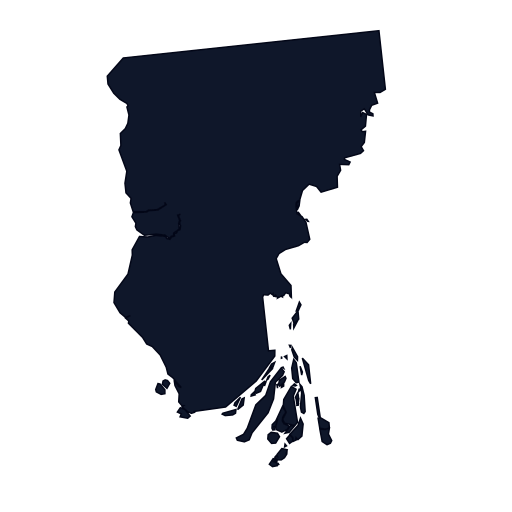 the district of South Fly District, Western, Papua New Guinea, rotated 84°
{"feature_id": "67681753B32450151371022", "entity_name": "South Fly District", "entity_type": "district", "adm_level": 2, "iso_a3": "PNG", "parent_name": "Papua New Guinea", "parent_adm1": "Western", "projection": "natural_earth1", "projection_center": [142.961, -8.494], "detail": "fine", "context": "isolated", "style": "filled", "palette": "ink", "viewbox_px": 512, "rotation_deg": 84, "n_neighbors": 0, "source": "geoboundaries", "source_scale": "gbopen_adm2", "svg_char_len": 6211}
<svg xmlns="http://www.w3.org/2000/svg" viewBox="0 0 512 512"><g transform="rotate(84 256 256)"><path d="M295.6,230.3L297.2,226.8L296.2,227.3L300.4,225.1L289.0,224.3L276.3,233.1L260.7,236.2L256.0,232.9L252.6,226.0L250.2,212.7L247.4,206.5L247.9,203.8L245.0,200.8L227.8,202.8L221.7,206.1L218.2,210.9L209.5,211.0L207.0,210.3L206.1,209.4L204.9,206.7L195.7,202.9L190.1,195.7L193.2,188.5L199.3,184.6L196.1,167.8L185.2,167.0L179.6,162.9L173.6,163.3L174.9,154.2L172.4,152.6L169.2,158.0L167.6,157.6L164.9,141.4L162.5,138.1L158.2,140.0L154.4,136.4L143.4,134.0L143.5,137.2L141.6,138.5L138.3,133.6L126.8,131.3L124.5,134.9L128.6,137.3L122.9,136.7L120.9,132.9L127.4,129.7L128.9,125.0L126.8,124.9L124.7,128.1L122.5,127.9L118.2,125.2L116.7,119.1L105.7,121.2L106.3,115.5L103.7,109.9L44.8,110.2L45.2,367.3L61.6,385.1L69.5,385.2L79.3,380.4L86.0,374.9L90.8,368.4L93.3,367.5L94.3,368.8L102.5,367.6L110.7,369.6L115.7,372.7L120.0,378.1L132.0,378.8L136.1,381.2L158.2,375.6L169.9,378.7L179.6,378.7L185.7,374.2L190.1,375.4L199.1,373.5L200.4,360.7L199.0,357.9L199.6,349.5L195.6,340.7L193.0,341.4L195.6,339.9L200.1,348.9L199.7,357.7L200.9,360.3L200.1,373.4L204.0,375.3L210.8,372.0L214.2,372.9L217.6,371.7L223.7,364.8L223.8,352.9L225.7,344.3L229.6,340.0L227.6,338.5L227.2,335.9L224.6,335.5L221.1,329.5L215.2,329.5L212.7,328.2L207.2,329.7L206.5,326.8L207.8,329.0L213.1,327.3L214.9,328.6L218.0,327.8L221.8,328.7L222.6,331.3L224.9,332.7L225.1,335.1L227.7,334.9L228.2,337.9L230.5,339.9L229.4,342.9L227.0,344.2L225.1,353.4L225.8,361.7L224.4,369.8L236.9,378.5L242.2,378.9L260.6,385.2L277.1,400.2L287.5,402.1L298.3,397.1L303.4,392.2L302.1,387.1L304.1,392.2L307.3,389.3L309.5,389.9L325.1,377.3L332.1,373.9L335.2,368.6L344.5,361.6L357.2,356.9L364.2,355.9L368.3,351.5L379.1,344.0L377.7,346.7L370.9,350.4L376.4,350.1L385.0,346.8L393.0,348.1L397.1,345.3L397.3,343.7L398.2,345.2L403.8,340.1L405.7,336.7L405.0,333.4L404.1,333.7L403.0,302.0L380.4,268.9L357.5,247.8L351.7,247.1L351.6,253.5L297.6,253.7L295.3,252.5L296.1,248.1L294.4,245.7L296.2,243.7L295.3,243.0L297.7,242.7L296.6,239.7L298.2,241.2L299.2,238.4L300.0,238.8L298.6,235.4L299.4,234.1L298.1,234.3L298.3,232.7L295.6,230.3ZM400.0,253.5L383.5,249.9L377.5,242.1L374.1,240.1L370.0,242.7L382.6,254.8L395.6,260.9L404.0,271.7L426.4,282.7L432.0,287.0L434.9,294.6L437.3,293.8L439.6,287.0L438.1,282.0L431.4,278.4L413.2,260.4L400.0,253.5ZM399.2,233.6L392.7,230.1L389.5,234.5L401.6,243.4L407.7,244.5L414.6,242.3L421.2,246.5L425.2,245.1L428.6,235.0L425.7,232.1L399.2,233.6ZM431.8,243.3L428.7,240.6L425.9,245.7L422.7,247.1L419.0,246.3L414.4,242.7L408.3,245.3L422.2,253.6L425.4,257.5L428.9,258.1L430.8,257.5L430.8,255.5L427.6,256.1L427.3,254.2L420.0,251.3L428.5,254.4L430.9,253.7L433.8,248.7L431.8,243.3ZM439.9,229.2L428.0,226.7L421.9,228.7L429.0,232.0L436.8,240.9L440.2,238.4L444.2,238.3L443.0,234.9L442.2,235.7L440.7,235.2L442.9,233.4L439.9,229.2ZM434.9,201.0L435.8,205.1L435.0,210.6L447.4,209.6L451.1,205.1L450.0,201.6L447.5,200.0L440.7,202.6L434.9,201.0ZM385.9,226.5L366.4,227.1L362.8,229.3L371.2,232.2L381.8,232.3L386.2,229.3L385.9,226.5ZM444.1,256.0L438.2,251.5L434.5,253.2L432.9,259.3L435.0,262.6L439.2,263.4L444.0,260.1L444.1,256.0ZM423.7,208.6L423.8,211.2L433.9,210.6L435.4,204.8L434.6,201.0L429.4,200.9L423.7,208.6ZM399.5,222.7L390.9,223.9L388.3,225.7L397.0,224.9L410.8,227.6L416.0,227.1L417.6,224.9L415.9,223.4L399.5,222.7ZM455.9,246.9L452.0,245.2L450.2,250.4L455.7,255.9L457.8,255.6L456.8,256.9L458.1,258.3L460.9,256.3L461.4,252.2L459.6,248.8L456.2,246.1L455.1,245.9L455.9,246.9ZM408.0,348.3L410.2,340.9L408.3,338.2L401.4,342.7L399.0,347.1L403.0,350.5L405.2,346.8L408.0,348.3ZM306.4,217.7L314.8,221.7L314.8,219.9L321.6,226.5L327.0,225.2L323.2,220.1L315.1,220.0L309.3,216.4L306.4,217.7ZM383.4,361.0L379.5,360.6L373.3,364.8L372.6,366.8L378.3,369.7L380.7,369.3L383.7,364.8L383.4,361.0ZM362.4,220.6L385.4,216.6L388.8,215.0L369.7,215.1L362.4,220.6ZM406.6,292.0L408.9,305.4L409.7,306.2L411.5,303.3L411.6,295.8L410.2,292.8L406.6,292.0ZM391.3,271.5L392.5,270.0L391.2,265.7L381.2,260.1L387.7,270.1L391.3,271.5ZM466.3,257.8L465.7,255.2L464.5,255.7L461.9,261.1L462.4,256.1L460.5,258.9L460.1,257.5L459.3,260.1L464.5,264.5L467.2,261.6L466.7,256.2L466.3,257.8ZM373.7,362.5L378.3,358.4L373.6,355.1L370.6,357.0L369.7,359.3L370.6,361.5L373.7,362.5ZM386.0,247.0L387.9,246.0L384.3,240.9L380.8,239.0L378.9,239.6L382.0,245.6L386.0,247.0ZM440.9,244.7L445.9,242.2L444.0,239.0L441.0,238.6L437.5,241.1L440.9,244.7ZM353.0,230.2L360.5,228.5L364.0,225.7L360.5,225.2L350.8,229.4L353.0,230.2ZM403.1,211.8L419.8,211.1L422.1,210.5L423.0,209.9L423.3,209.0L403.1,209.9L403.1,211.8ZM435.3,245.7L434.8,241.5L428.9,235.3L428.5,239.5L435.3,245.7ZM402.9,284.3L395.9,282.6L396.7,284.9L406.8,290.3L402.9,284.3ZM379.9,263.3L369.7,251.3L368.8,251.2L368.8,254.2L379.9,263.3ZM402.1,293.4L403.4,291.4L394.8,286.2L399.8,292.3L402.1,293.4ZM207.4,210.0L213.0,209.3L210.7,207.9L206.0,206.8L207.4,210.0ZM401.9,228.5L397.4,228.6L396.6,228.9L400.5,231.5L402.9,231.0L401.9,228.5ZM367.9,253.8L368.1,250.7L363.7,248.5L365.1,251.8L367.9,253.8ZM370.2,223.7L379.2,223.0L376.2,222.0L370.2,223.7ZM394.8,275.5L394.0,271.3L391.2,272.2L393.5,275.2L394.8,275.5ZM328.4,230.1L332.5,229.5L326.7,228.5L328.4,230.1ZM407.1,230.9L406.5,229.2L402.7,228.4L403.6,231.0L407.1,230.9ZM327.6,225.7L331.5,225.9L325.8,222.1L327.6,225.7ZM359.0,238.1L361.5,236.0L358.2,235.8L359.0,238.1ZM388.6,232.9L389.4,230.7L388.9,229.4L387.2,231.2L388.6,232.9ZM389.3,244.4L388.3,242.1L386.6,241.9L387.4,243.9L389.3,244.4ZM380.4,258.2L379.8,257.0L376.0,254.4L377.5,256.6L380.4,258.2ZM216.5,209.6L219.6,208.9L220.0,207.6L216.5,209.6ZM386.1,248.7L389.7,248.4L385.9,248.0L386.1,248.7ZM448.8,247.5L448.0,245.5L446.1,246.8L448.8,247.5ZM348.6,230.6L348.3,232.1L350.4,231.5L350.3,231.2L348.6,230.6ZM395.4,227.8L393.9,226.1L392.9,226.5L393.0,227.1L395.4,227.8ZM382.6,259.9L386.2,261.2L382.5,259.4L382.6,259.9ZM408.8,230.9L408.8,229.6L407.5,229.2L407.5,230.2L408.8,230.9ZM224.8,202.6L226.9,200.9L227.0,200.4L224.8,201.6L224.8,202.6ZM358.6,241.2L360.3,241.4L360.2,241.0L358.6,241.2ZM369.5,241.4L370.4,240.3L369.3,240.7L369.5,241.4ZM213.4,210.5L214.2,209.4L213.1,210.1L213.4,210.5ZM300.9,225.4L298.8,226.3L298.2,226.7L299.4,226.4L300.9,225.4Z" fill="#0f172a" stroke="#020617" stroke-width="1.5"/></g></svg>